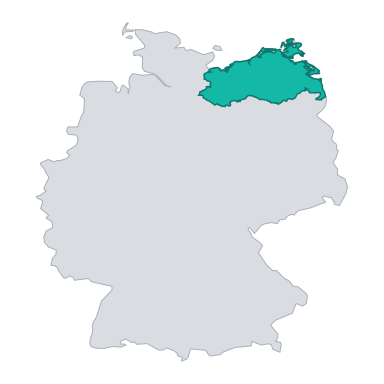 Mecklenburg-Vorpommern on a map of Germany (Natural Earth projection)
{"feature_id": "DEU-3488", "entity_name": "Mecklenburg-Vorpommern", "entity_type": "State", "adm_level": 1, "iso_a3": "DEU", "parent_name": "Germany", "parent_adm1": "", "projection": "natural_earth1", "projection_center": [12.667, 53.898], "detail": "fine", "context": "in_parent", "style": "filled", "palette": "teal", "viewbox_px": 384, "rotation_deg": 0, "n_neighbors": 0, "source": "natural_earth", "source_scale": "10m", "svg_char_len": 9133}
<svg xmlns="http://www.w3.org/2000/svg" viewBox="0 0 384 384"><path d="M158.8,350.1L147.1,343.6L136.6,344.3L134.9,342.2L131.3,342.4L126.0,339.0L121.2,341.0L120.1,342.9L120.4,344.0L125.2,344.2L125.8,345.1L120.9,347.1L112.9,346.5L103.5,348.4L95.5,348.1L91.0,346.5L89.8,343.5L90.2,339.1L92.2,333.3L92.8,329.0L92.1,326.3L93.3,322.2L96.5,316.8L101.4,301.1L112.0,290.1L111.9,286.3L94.0,282.4L91.1,281.3L88.6,278.5L74.3,280.2L73.1,277.2L69.4,276.0L65.4,278.4L64.0,278.1L58.7,271.1L57.4,267.8L54.8,265.7L50.9,265.3L52.3,258.8L56.0,254.1L56.2,250.1L48.4,246.9L44.5,242.4L43.7,237.2L46.1,231.2L52.7,227.5L52.1,221.6L46.6,218.5L46.3,217.5L48.7,215.3L40.6,208.6L42.7,201.9L41.4,199.9L37.6,198.4L36.4,196.4L39.2,195.9L45.8,191.3L46.1,190.6L44.2,189.9L44.1,188.0L48.6,178.2L48.4,176.5L45.1,171.7L45.1,170.0L40.5,164.6L40.6,162.9L48.1,159.5L54.4,161.9L56.8,160.5L59.9,160.7L67.5,158.2L69.7,155.2L66.8,152.8L67.2,150.9L75.9,145.4L77.4,142.8L78.0,137.9L76.9,136.2L75.8,135.1L68.5,134.3L66.6,131.4L67.4,127.6L68.7,126.9L77.6,127.0L81.4,116.0L83.6,112.6L84.5,99.0L79.8,95.0L81.9,87.2L85.3,83.0L88.0,81.9L99.5,81.2L112.2,81.5L117.3,87.8L115.3,91.1L118.3,92.6L119.8,92.0L121.8,86.1L122.9,85.1L128.2,89.1L128.1,94.2L129.7,87.2L128.8,82.3L129.6,77.6L132.7,73.6L142.0,75.3L152.3,74.4L156.1,76.2L164.8,85.4L171.4,87.3L166.3,85.4L155.8,74.3L144.7,71.4L142.3,68.2L142.6,57.1L138.5,54.8L134.0,55.6L133.4,53.1L134.2,51.2L144.3,48.2L144.6,45.2L135.6,34.4L135.3,29.7L143.0,29.9L152.4,32.2L154.7,33.7L166.7,31.7L175.8,34.9L180.0,39.4L180.2,43.4L174.8,48.0L183.9,47.3L186.2,50.7L191.1,49.5L203.4,54.7L212.8,52.0L214.5,56.2L212.6,60.5L206.0,65.0L207.4,67.8L209.5,68.4L215.7,67.8L225.6,70.6L238.8,62.0L249.3,61.0L264.8,48.2L279.9,50.7L283.8,56.1L293.9,62.2L303.1,61.7L306.4,67.4L307.9,74.5L313.2,78.2L321.0,79.8L322.4,87.2L326.4,99.0L326.3,102.6L324.9,106.6L322.4,110.0L317.3,114.1L317.0,116.4L330.0,126.4L333.6,131.5L331.5,138.8L333.6,142.3L335.8,143.5L336.6,145.4L336.6,149.6L338.3,150.8L335.7,158.5L333.3,161.6L334.1,164.3L337.5,169.0L337.6,175.0L344.8,178.8L347.6,186.7L345.9,193.6L339.3,205.6L334.1,204.0L334.4,201.4L333.4,201.3L331.7,198.0L324.0,196.1L321.9,197.6L325.7,202.1L309.8,208.1L298.2,210.6L294.1,215.1L292.0,214.2L287.3,216.2L285.4,219.0L279.8,219.9L277.3,223.6L271.2,222.5L263.8,224.1L260.5,226.1L254.5,233.4L249.7,227.7L248.5,227.7L248.1,229.6L251.0,233.6L252.2,237.1L260.7,243.3L262.5,245.9L258.4,252.7L266.6,264.9L272.9,270.7L276.4,270.6L284.1,278.2L289.2,280.9L293.1,286.1L298.2,286.9L305.8,293.2L307.4,295.4L306.4,303.3L302.6,306.1L296.1,303.5L292.3,313.2L275.8,320.1L271.1,324.4L271.1,325.8L277.8,333.9L277.8,337.6L275.8,341.4L280.6,342.4L281.3,344.3L279.9,352.2L272.8,349.3L271.5,345.0L268.5,343.7L261.5,345.1L252.0,341.5L251.2,345.9L234.9,347.5L223.6,351.8L220.3,354.5L211.4,355.9L209.3,355.7L205.6,350.3L190.6,348.9L188.1,357.1L186.1,359.4L181.6,361.0L182.2,357.2L177.6,355.9L177.4,353.4L174.3,351.0L166.6,347.9L163.2,350.0L158.8,350.1ZM302.5,51.9L303.4,54.7L302.5,56.2L298.7,53.8L295.0,53.8L292.7,57.6L291.1,57.7L285.3,54.3L284.3,52.6L284.8,45.0L286.6,43.3L286.9,40.9L290.1,38.4L292.9,38.3L295.2,41.9L300.8,44.3L301.2,45.3L298.2,48.4L298.9,50.0L302.5,51.9ZM319.4,70.4L319.5,73.8L309.9,73.4L309.1,70.8L309.7,68.4L306.5,65.7L306.5,62.8L319.4,70.4ZM124.6,32.0L122.4,35.5L122.9,29.4L126.7,23.0L128.2,23.2L126.1,26.1L125.7,29.8L134.0,30.1L133.0,31.3L124.6,32.0ZM221.8,50.4L216.7,50.4L212.8,48.3L215.3,45.4L220.2,46.8L221.8,50.4ZM132.4,37.8L131.1,38.8L126.2,37.7L129.9,35.7L132.0,36.2L132.4,37.8Z" fill="#d9dde1" stroke="#a8b0b8" stroke-width="1"/><path d="M321.2,81.1L321.1,83.0L322.4,85.5L322.4,88.4L322.6,89.3L324.5,92.1L325.6,96.8L323.4,97.9L322.4,98.8L321.5,99.1L321.3,99.7L320.9,100.0L316.0,99.4L316.0,98.6L318.8,97.1L320.0,95.7L320.5,94.7L320.6,92.8L318.4,92.7L317.2,92.3L316.4,92.4L315.7,93.1L314.2,92.8L309.8,92.8L308.1,90.3L308.1,89.3L306.5,88.9L305.7,87.9L305.1,87.8L305.0,88.6L306.1,90.3L305.1,90.7L302.7,90.7L300.7,92.1L299.3,93.5L297.5,93.8L297.0,94.1L295.5,97.4L294.7,98.2L292.0,99.5L290.1,98.8L288.5,98.8L287.4,99.5L286.7,101.1L285.4,101.0L284.6,100.1L283.9,100.1L282.8,100.8L282.4,101.6L279.1,103.9L278.2,104.1L277.2,103.7L277.6,103.0L277.4,102.8L274.5,103.2L273.1,102.6L270.7,102.8L270.4,102.5L270.3,101.5L267.8,101.0L266.4,100.1L262.7,99.4L259.9,99.6L256.9,97.6L253.1,96.4L251.9,95.3L250.5,95.9L249.6,95.4L247.6,95.8L247.2,96.5L246.3,97.0L245.9,98.3L244.1,99.2L243.5,99.0L241.6,99.6L240.8,100.3L239.3,100.4L240.0,100.8L240.1,101.4L238.3,101.4L236.9,101.9L236.5,101.2L235.0,100.4L232.1,101.0L229.9,102.3L229.7,102.8L230.2,103.5L230.6,104.9L230.3,105.6L229.6,106.0L228.8,106.0L226.9,105.2L225.8,105.2L225.3,105.4L225.2,106.5L221.1,106.1L219.5,104.6L218.5,105.1L217.2,103.7L214.9,105.0L209.6,101.3L206.6,100.0L204.5,98.2L203.3,97.9L203.0,96.0L202.3,95.3L198.7,95.2L199.5,94.1L200.0,91.8L201.7,91.5L202.2,90.6L204.0,90.2L206.1,89.0L206.5,87.6L206.4,86.7L209.0,86.6L209.7,87.6L210.6,86.8L210.2,86.7L210.5,86.3L210.1,84.1L210.5,83.9L210.7,83.2L210.2,81.9L209.3,81.2L207.4,81.0L205.7,79.3L204.1,79.0L204.5,77.1L203.9,75.0L204.3,74.0L208.4,71.7L209.1,71.8L209.3,72.4L210.9,72.0L209.2,71.5L209.0,71.2L209.1,69.9L209.7,69.9L211.1,68.9L214.0,67.9L218.1,67.5L218.6,67.8L219.1,68.7L220.4,69.2L220.3,70.6L222.0,70.8L223.4,69.9L224.2,70.8L225.6,70.8L226.9,72.1L227.5,72.2L228.1,70.3L228.0,69.6L228.8,69.0L228.6,68.1L229.8,67.3L229.6,66.7L230.7,66.9L231.4,66.6L232.0,65.4L233.1,64.6L233.1,63.5L234.2,62.1L235.3,61.6L236.6,61.4L239.4,61.8L247.3,60.5L248.6,59.9L248.7,63.4L249.4,64.0L248.8,62.0L249.1,61.5L250.1,61.1L250.4,60.5L249.0,60.8L249.3,60.4L251.9,57.8L255.3,56.5L257.0,55.2L260.2,51.3L262.4,48.0L263.4,47.4L263.2,47.6L263.9,48.5L265.3,48.9L272.9,48.9L274.2,49.4L274.9,49.0L275.9,49.2L276.3,49.7L275.5,50.3L274.6,50.4L268.8,49.7L268.0,50.3L266.4,50.1L265.9,50.9L265.7,50.5L265.0,50.9L265.2,51.4L265.7,51.5L265.4,51.7L264.1,51.5L263.2,52.3L262.0,51.5L260.2,51.7L259.6,52.8L259.8,53.5L258.9,53.2L258.6,53.5L258.8,54.0L258.7,54.5L257.7,55.0L258.3,56.4L257.9,56.7L259.4,57.5L260.2,57.6L260.9,57.3L259.3,56.7L259.8,55.8L261.4,55.0L261.6,54.0L264.3,52.9L263.6,52.6L263.6,52.3L264.8,52.3L264.8,52.0L265.4,52.4L268.2,51.5L268.0,50.9L268.3,50.7L269.5,50.5L269.5,50.9L268.7,51.3L268.4,52.3L269.1,51.1L270.1,52.1L270.5,51.7L271.2,52.0L271.8,51.5L272.9,52.9L274.1,52.9L274.8,52.6L275.7,51.1L276.6,50.5L279.2,49.5L280.1,49.7L279.6,50.0L279.9,51.0L282.1,52.3L281.5,53.2L281.6,53.8L282.6,55.0L282.8,56.3L284.6,56.4L284.6,56.7L283.7,57.0L284.8,56.9L288.6,58.2L289.7,59.9L290.6,60.5L289.7,61.1L291.7,60.6L292.4,60.8L291.7,61.7L292.9,61.7L294.0,63.5L295.1,64.3L295.9,64.3L295.9,64.0L294.9,62.9L299.0,62.3L302.7,60.8L302.8,61.2L302.2,61.4L302.2,61.7L305.9,63.7L304.7,66.2L303.8,66.7L305.6,68.3L306.9,68.8L307.3,70.1L309.2,70.7L309.2,71.1L308.7,72.0L306.3,73.5L305.9,74.0L306.2,74.5L307.8,75.0L309.0,76.4L309.4,76.3L311.9,77.9L313.0,78.1L313.6,78.7L318.6,79.4L319.6,79.2L320.2,78.4L320.7,78.5L321.2,78.9L321.3,79.6L319.5,80.7L321.2,81.1ZM302.2,51.5L303.6,53.2L304.4,53.5L303.2,54.7L303.0,56.3L301.9,56.1L302.6,56.0L302.6,55.2L301.6,55.7L300.6,55.5L300.6,55.2L301.8,54.8L302.6,54.0L300.9,54.1L299.5,54.6L301.9,53.5L301.9,53.2L300.6,53.2L299.8,53.7L298.9,53.2L295.6,53.5L293.2,54.9L292.5,56.0L290.9,56.4L290.8,57.6L291.2,57.3L291.0,57.0L292.8,56.8L293.0,58.3L292.5,58.5L290.5,58.1L289.3,57.5L290.1,56.1L289.2,56.7L289.4,57.0L287.9,57.3L285.9,56.4L285.6,56.1L285.8,55.5L283.9,55.8L283.7,55.5L283.9,55.2L284.8,55.2L282.8,53.8L283.9,52.1L284.7,51.8L286.4,52.3L287.8,51.7L286.9,51.4L286.9,50.3L286.0,49.8L284.1,50.0L285.0,48.9L287.6,48.2L288.0,47.6L286.7,47.1L286.4,46.8L286.7,46.2L285.1,46.5L284.4,46.0L284.2,45.1L283.7,45.0L287.5,44.6L288.5,45.1L288.8,46.0L289.2,45.4L288.9,44.7L290.0,43.7L291.2,43.2L290.3,44.7L291.0,45.0L290.5,45.8L291.7,45.5L291.9,45.0L291.0,44.7L291.4,44.1L292.8,45.8L292.6,46.5L293.2,47.2L295.8,47.4L295.5,47.0L296.2,45.8L295.5,44.4L296.2,44.1L296.2,43.8L295.1,44.4L293.6,44.4L293.0,43.7L292.2,43.5L291.2,42.1L288.0,44.3L287.3,44.1L287.4,42.8L288.3,41.8L288.7,40.8L286.4,41.1L286.6,40.3L287.3,39.8L291.9,38.8L293.7,39.2L293.7,39.4L291.9,40.4L291.6,41.0L292.0,42.4L293.0,43.2L294.4,43.6L298.7,43.0L300.2,43.2L301.2,44.0L301.4,45.1L300.6,46.2L298.4,47.4L298.1,48.1L298.5,49.5L299.2,50.5L302.2,51.5ZM319.3,70.9L318.8,72.0L318.2,72.2L319.1,73.4L315.3,73.8L314.0,73.4L312.2,74.5L310.3,74.9L307.0,74.6L306.4,74.0L310.1,72.5L310.3,71.3L309.0,69.5L309.1,68.4L311.4,68.7L311.0,70.8L311.9,69.9L313.3,69.9L312.8,70.5L313.9,70.8L313.7,70.2L314.1,69.2L314.0,68.0L313.6,67.3L312.8,67.5L311.7,65.8L310.5,65.4L309.5,65.8L309.8,66.7L308.7,67.8L307.5,68.1L307.6,67.6L308.2,66.7L307.7,66.1L306.4,66.6L305.4,67.5L304.8,67.3L305.9,65.0L306.1,63.9L305.8,63.2L304.0,61.7L304.9,60.8L306.1,60.8L307.5,63.2L308.4,63.8L312.8,65.7L319.3,70.9ZM224.8,69.0L225.3,68.0L226.5,67.2L227.9,66.9L228.9,67.3L227.5,69.9L227.1,69.9L227.3,68.8L227.2,68.4L226.7,68.7L226.8,69.3L226.4,69.6L224.8,69.0ZM283.7,42.7L282.9,43.2L282.3,45.6L281.4,46.5L281.2,48.2L281.1,46.6L282.3,42.8L282.6,42.5L283.9,42.4L284.1,43.1L283.9,43.0L283.9,43.5L283.7,43.5L283.7,42.7ZM229.9,65.0L230.1,64.6L232.8,63.4L230.7,65.1L230.3,65.8L229.9,65.0Z" fill="#14b8a6" stroke="#0f766e" stroke-width="1.5"/></svg>